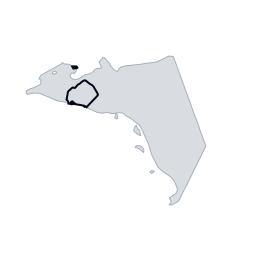 United Arab Emirates, with Dubay highlighted, rotated 242°
{"feature_id": "ARE-350", "entity_name": "Dubay", "entity_type": "Emirate", "adm_level": 1, "iso_a3": "ARE", "parent_name": "United Arab Emirates", "parent_adm1": "", "projection": "robinson", "projection_center": [55.527, 24.951], "detail": "fine", "context": "in_parent", "style": "outline", "palette": "ink", "viewbox_px": 256, "rotation_deg": 242, "n_neighbors": 0, "source": "natural_earth", "source_scale": "10m", "svg_char_len": 3353}
<svg xmlns="http://www.w3.org/2000/svg" viewBox="0 0 256 256"><g transform="rotate(242 128 128)"><path d="M213.1,72.3L215.5,75.8L215.9,99.3L216.5,100.9L215.2,101.2L213.7,103.0L212.1,105.7L209.8,107.2L207.9,108.8L206.2,110.8L204.6,111.2L202.6,108.7L201.2,106.1L201.5,105.5L202.5,105.3L202.9,104.0L202.3,102.0L200.9,101.3L199.2,101.2L197.5,102.1L195.8,103.8L194.8,105.7L194.6,109.4L195.1,113.5L195.1,115.6L194.1,118.1L193.8,121.8L194.4,124.6L195.1,126.3L195.1,127.8L193.5,132.4L194.9,133.2L199.7,133.5L201.0,136.6L202.0,138.7L201.7,140.0L198.4,140.9L194.2,142.0L191.1,141.7L185.7,143.1L182.7,145.2L183.6,146.6L184.6,147.6L185.1,150.4L184.2,154.5L182.7,158.4L180.7,163.2L178.5,168.8L175.5,177.3L172.9,183.9L172.6,188.7L172.6,191.8L172.3,198.0L169.9,201.4L169.3,201.5L166.4,201.1L165.4,201.0L162.6,200.6L158.3,200.0L152.7,199.2L146.0,198.2L138.6,197.2L130.7,196.1L122.5,194.9L114.3,193.7L106.4,192.6L98.9,191.6L92.3,190.6L86.7,189.8L82.3,189.2L79.6,188.8L78.6,188.7L75.5,188.2L73.8,185.9L71.8,183.1L69.8,180.3L67.8,177.6L65.8,174.8L63.8,172.0L61.8,169.2L59.8,166.4L57.7,163.6L55.7,160.8L53.7,158.0L51.7,155.2L49.7,152.4L47.7,149.6L45.7,146.8L43.7,144.0L41.7,141.2L40.4,139.3L39.6,137.2L39.5,131.7L39.5,130.5L40.9,128.3L41.5,129.9L43.1,132.0L45.6,131.5L46.8,131.9L47.7,139.5L49.6,142.2L51.9,143.3L59.7,143.9L64.5,142.9L74.1,137.9L79.2,136.1L93.0,136.4L104.2,138.5L121.5,139.7L124.9,139.4L134.2,135.4L140.0,131.9L143.4,130.8L145.7,127.4L147.2,123.0L148.5,120.1L150.2,118.7L151.8,116.2L153.1,112.2L156.3,108.1L169.2,98.3L176.7,89.9L177.4,87.3L181.5,83.2L184.7,78.8L200.1,66.2L203.1,61.0L204.9,55.1L205.1,54.7L206.5,54.5L208.3,55.4L208.5,59.7L207.8,63.8L207.8,68.2L207.5,70.6L208.9,72.5L211.4,73.4L212.4,73.3L213.1,72.3ZM212.6,90.0L212.8,88.2L212.4,87.2L210.8,87.1L210.2,88.7L210.0,90.9L211.0,91.1L212.6,90.0ZM126.2,135.2L126.2,136.6L122.4,136.2L121.4,136.9L118.4,136.5L115.4,135.5L117.4,133.7L122.7,131.7L124.9,133.5L126.2,135.2ZM104.3,131.7L101.6,131.9L99.1,130.3L104.3,128.1L105.7,127.2L107.3,125.2L108.5,126.9L107.1,129.6L106.2,130.7L104.3,131.7ZM145.9,123.8L145.6,124.6L144.6,124.6L142.0,123.8L141.1,122.6L142.8,121.2L143.5,121.1L144.5,122.6L145.9,123.8ZM78.0,130.4L77.4,130.7L76.8,128.4L76.8,127.7L78.5,126.6L79.5,128.5L78.0,130.4Z" fill="#d9dde1" stroke="#a8b0b8" stroke-width="1"/><path d="M166.2,101.0L166.4,100.9L167.4,100.3L167.2,99.5L168.4,99.2L168.6,99.3L171.3,95.9L175.1,90.9L175.3,90.2L175.2,89.6L175.9,88.9L176.5,89.0L177.1,89.9L177.3,90.4L177.1,91.0L176.6,91.8L177.6,91.4L177.8,90.7L177.6,89.8L176.8,88.3L176.7,88.0L176.9,87.6L177.5,86.9L177.6,87.0L179.4,87.6L180.5,87.5L181.7,87.0L182.0,87.0L182.3,87.2L182.6,87.8L183.0,88.1L184.1,88.8L184.4,89.0L184.7,89.3L185.0,89.6L187.6,91.5L188.2,92.2L188.6,93.0L189.7,97.7L189.7,98.0L189.5,98.5L189.3,98.8L188.8,99.2L188.6,99.4L188.5,99.6L188.3,100.0L188.6,101.1L189.2,102.4L189.6,103.6L189.8,104.2L189.8,104.5L189.8,105.5L189.9,106.8L190.4,108.6L190.5,109.9L190.6,110.6L190.5,111.2L190.5,111.6L190.4,112.0L190.2,112.5L189.3,113.1L185.3,114.8L182.8,116.3L181.7,116.8L180.7,117.0L172.9,117.3L172.2,117.2L171.4,117.0L171.0,116.4L170.6,115.5L166.1,101.8L165.8,101.3L166.0,101.2L166.2,101.0ZM208.5,107.6L207.9,109.1L207.1,110.2L206.9,110.9L206.6,111.3L205.9,111.5L205.1,111.6L205.1,111.2L205.0,110.6L205.3,109.8L206.1,107.7L208.5,107.6L208.5,107.6Z" fill="none" stroke="#020617" stroke-width="2"/></g></svg>